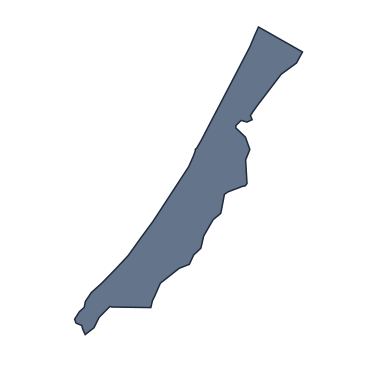 Ibeno, Akwa Ibom, Nigeria, rotated 125°
{"feature_id": "59680162B15406999540209", "entity_name": "Ibeno", "entity_type": "district", "adm_level": 2, "iso_a3": "NGA", "parent_name": "Nigeria", "parent_adm1": "Akwa Ibom", "projection": "equal_earth", "projection_center": [8.062, 4.561], "detail": "fine", "context": "isolated", "style": "filled", "palette": "slate", "viewbox_px": 384, "rotation_deg": 125, "n_neighbors": 0, "source": "geoboundaries", "source_scale": "gbopen_adm2", "svg_char_len": 998}
<svg xmlns="http://www.w3.org/2000/svg" viewBox="0 0 384 384"><g transform="rotate(125 192 192)"><path d="M18.7,232.2L29.1,230.2L29.4,230.1L39.6,227.9L48.6,226.7L105.5,219.2L120.3,217.3L145.0,214.0L153.5,213.3L155.1,213.8L156.6,212.8L162.5,211.3L172.8,209.3L173.7,209.2L237.9,207.1L242.6,207.2L258.3,207.6L280.5,207.8L298.3,210.3L318.3,213.6L332.1,216.8L342.7,216.6L348.4,214.1L354.5,215.6L363.6,215.2L365.9,211.8L364.6,205.8L367.2,202.6L370.1,197.7L365.2,196.2L359.4,194.4L348.0,196.2L332.8,193.6L332.2,191.7L310.3,159.4L303.9,162.0L299.4,162.7L284.8,165.6L262.1,158.8L260.2,157.6L252.7,152.7L242.7,154.5L232.9,152.5L221.3,157.2L202.5,158.8L193.0,156.2L192.1,156.6L190.4,157.3L175.3,164.1L171.3,162.6L166.4,159.3L158.6,154.0L156.4,151.9L153.5,151.8L134.9,166.5L127.5,168.2L124.0,169.0L116.4,179.7L114.4,192.8L112.2,194.2L105.2,192.8L103.2,187.1L98.3,184.2L95.8,188.0L91.5,188.1L84.0,188.1L44.4,186.5L26.4,180.4L13.9,181.8L18.7,232.2Z" fill="#64748b" stroke="#1e293b" stroke-width="1.5"/></g></svg>